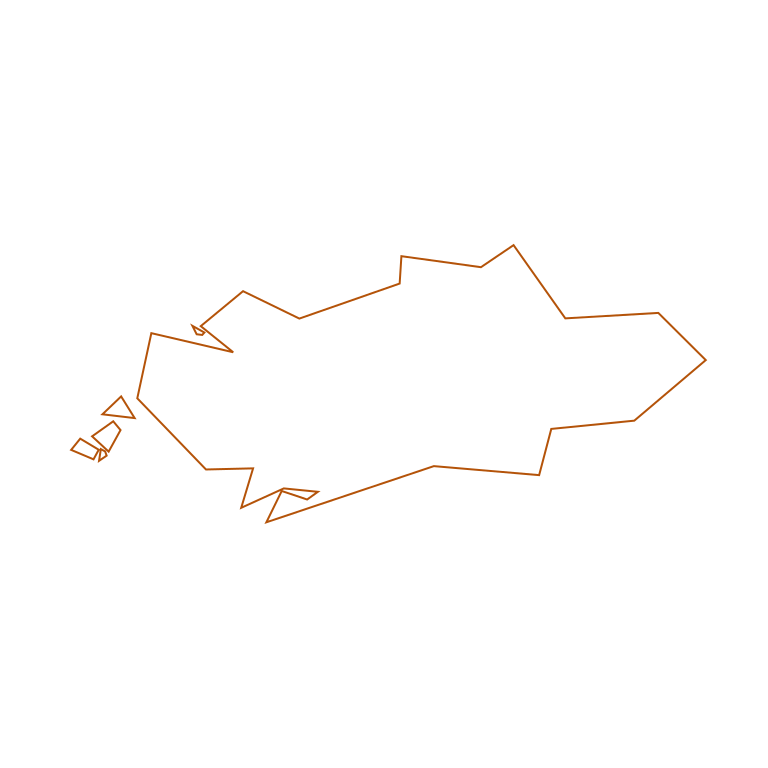 SVG path tracing the border of Krasnoyarsk, rotated 258°
{"feature_id": "RUS-2603", "entity_name": "Krasnoyarsk", "entity_type": "Territory", "adm_level": 1, "iso_a3": "RUS", "parent_name": "Russia", "parent_adm1": "", "projection": "orthographic", "projection_center": [95.961, 66.535], "detail": "coarse", "context": "isolated", "style": "outline", "palette": "amber", "viewbox_px": 768, "rotation_deg": 258, "n_neighbors": 0, "source": "natural_earth", "source_scale": "10m", "svg_char_len": 760}
<svg xmlns="http://www.w3.org/2000/svg" viewBox="0 0 768 768"><g transform="rotate(258 384 384)"><path d="M273.2,240.2L300.6,261.7L287.0,284.8L292.3,296.9L302.7,264.3L292.6,218.6L328.7,238.4L337.4,192.1L421.3,139.7L482.1,167.0L446.4,243.1L478.7,216.8L504.1,265.4L465.6,314.8L479.0,420.2L505.4,427.6L478.1,503.1L492.9,539.6L410.5,575.0L396.5,667.1L340.5,703.7L296.1,621.2L305.3,538.3L262.6,516.8L293.3,415.7L273.2,240.2ZM403.8,111.4L393.7,116.7L375.1,100.6L393.5,87.6L403.8,111.4ZM393.7,75.5L379.0,91.3L370.7,84.2L384.6,64.3L393.7,75.5ZM412.9,102.3L426.5,124.3L402.5,133.0L412.9,102.3ZM368.1,89.3L379.2,93.5L376.0,97.2L371.6,97.8L368.1,89.3ZM480.7,208.7L471.7,219.0L469.8,216.4L471.6,211.1L480.7,208.7Z" fill="none" stroke="#b45309" stroke-width="2"/></g></svg>